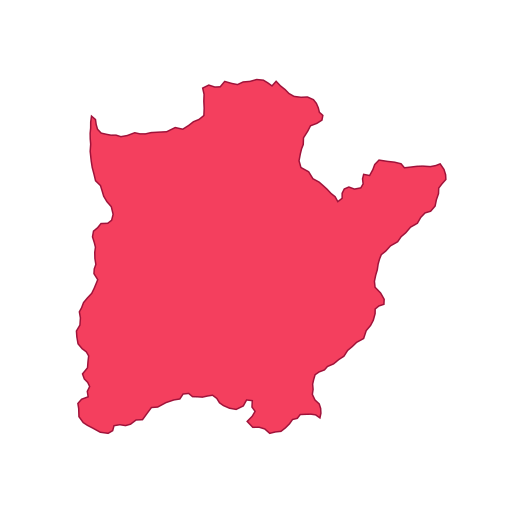 Barra Longa, Minas Gerais, Brazil (Albers equal-area conic projection), rotated 261°
{"feature_id": "56859067B7967554775924", "entity_name": "Barra Longa", "entity_type": "district", "adm_level": 2, "iso_a3": "BRA", "parent_name": "Brazil", "parent_adm1": "Minas Gerais", "projection": "albers", "projection_center": [-43.064, -20.29], "detail": "fine", "context": "isolated", "style": "filled", "palette": "rose", "viewbox_px": 512, "rotation_deg": 261, "n_neighbors": 0, "source": "geoboundaries", "source_scale": "gbopen_adm2", "svg_char_len": 3155}
<svg xmlns="http://www.w3.org/2000/svg" viewBox="0 0 512 512"><g transform="rotate(261 256 256)"><path d="M318.2,452.3L317.2,447.8L317.0,442.2L318.7,434.7L319.4,428.9L319.6,423.1L319.9,416.4L324.4,413.7L327.0,407.5L328.9,400.6L331.5,392.5L327.8,387.6L323.0,384.9L317.7,380.8L319.8,375.1L315.5,373.3L310.5,373.1L306.9,370.2L306.7,363.7L309.6,358.5L308.4,353.7L304.5,350.9L299.5,350.1L296.9,345.3L302.2,343.4L306.0,339.9L311.0,336.5L315.0,333.3L319.1,329.9L323.4,324.3L330.9,321.2L336.4,314.2L343.3,313.4L349.8,315.7L354.8,317.8L358.7,320.1L365.3,321.4L371.2,326.6L376.1,330.2L377.5,336.9L379.9,342.4L384.4,344.0L388.0,341.1L392.6,340.7L397.3,339.5L401.4,337.2L405.0,331.7L405.7,325.3L407.7,318.5L411.4,313.9L415.8,310.8L420.4,306.6L425.4,303.2L421.5,298.4L425.1,294.8L428.5,290.8L430.2,284.3L429.4,277.5L429.9,270.5L428.2,264.6L430.2,259.1L433.3,252.4L428.7,247.1L429.3,241.8L432.2,236.1L430.2,229.6L423.8,230.0L417.1,228.7L409.9,227.9L402.9,226.5L399.8,221.1L398.4,215.2L395.5,210.0L392.7,203.5L395.5,196.3L392.7,187.2L393.6,178.7L394.3,171.8L393.9,165.9L394.8,160.4L396.7,155.5L395.1,147.6L395.0,141.2L397.3,136.6L398.0,131.7L399.6,127.3L401.6,122.3L406.0,119.3L410.9,118.7L415.9,118.8L419.9,115.4L414.2,113.7L408.2,112.7L403.2,111.4L397.5,110.6L392.2,110.2L385.3,108.6L375.6,108.1L369.0,108.1L362.0,108.8L355.4,109.3L349.9,113.4L344.4,114.2L338.9,114.9L333.1,117.2L327.3,120.8L319.5,121.4L313.9,119.0L311.5,114.7L312.3,108.0L308.7,104.0L306.0,99.4L300.5,97.5L294.5,98.4L289.8,98.8L284.8,97.3L278.7,96.5L272.7,96.5L268.5,94.2L263.9,93.2L257.4,96.0L253.6,93.7L249.5,91.2L244.8,87.9L241.1,83.1L237.0,78.4L232.1,75.6L228.5,72.8L222.3,72.9L215.3,71.3L210.0,66.9L204.1,66.4L197.1,66.5L191.6,69.8L187.9,73.4L183.5,75.1L178.6,73.7L171.9,72.1L166.7,66.2L161.4,67.2L157.5,70.0L153.1,71.3L148.7,68.2L143.2,68.2L141.8,61.3L138.2,57.0L133.0,57.0L125.0,56.0L118.5,59.3L115.2,62.9L111.6,67.8L106.3,74.6L104.0,82.2L105.9,87.1L110.6,89.2L110.7,95.1L108.9,100.6L109.5,105.8L112.8,111.9L112.1,118.3L117.9,124.1L122.7,129.0L122.2,135.3L125.3,144.2L126.7,152.4L126.7,158.4L131.1,162.4L130.8,168.0L127.0,171.3L126.1,176.2L125.0,181.0L125.3,186.1L125.3,191.3L121.5,195.0L116.7,197.0L113.4,200.4L109.8,206.0L107.6,212.4L109.9,220.0L115.3,224.2L113.7,229.7L107.4,228.4L102.7,230.8L98.3,227.2L94.0,221.4L87.3,226.0L86.4,232.3L83.8,237.6L78.7,241.8L79.2,247.8L78.9,253.2L81.6,258.1L85.0,262.8L88.8,266.5L89.2,271.4L92.5,274.9L91.9,280.2L91.2,285.4L89.8,290.0L86.1,293.8L90.5,295.5L95.3,296.0L100.0,295.3L104.6,291.7L110.5,290.0L115.3,291.5L120.6,291.9L125.1,293.7L129.5,295.8L131.6,300.1L132.8,305.8L135.7,309.3L137.3,315.7L140.8,321.6L143.3,327.2L148.4,331.7L151.5,336.9L155.0,341.9L157.7,349.4L165.1,353.2L169.5,358.3L174.2,361.8L180.4,364.6L185.0,365.4L187.4,369.5L188.3,374.8L193.2,375.8L199.9,373.3L206.5,368.7L212.5,369.0L218.5,371.3L223.3,373.6L229.0,375.4L233.8,377.6L237.8,380.0L240.5,384.8L245.0,390.4L247.9,398.1L252.4,402.4L255.5,407.5L260.3,413.1L263.1,420.5L268.4,424.8L272.1,429.7L272.9,435.5L277.3,440.7L283.4,443.0L289.0,446.0L294.5,447.1L298.2,451.0L301.9,455.5L306.6,456.0L312.1,455.2L318.2,452.3Z" fill="#f43f5e" stroke="#9f1239" stroke-width="1.5"/></g></svg>